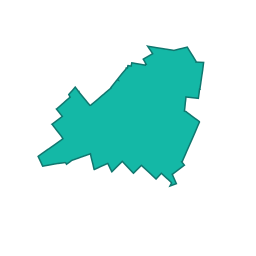 the district of Ianca, Braila, Romania, rotated 69°
{"feature_id": "2599482B90302220331569", "entity_name": "Ianca", "entity_type": "district", "adm_level": 2, "iso_a3": "ROU", "parent_name": "Romania", "parent_adm1": "Braila", "projection": "mercator", "projection_center": [27.484, 45.119], "detail": "fine", "context": "isolated", "style": "filled", "palette": "teal", "viewbox_px": 256, "rotation_deg": 69, "n_neighbors": 0, "source": "geoboundaries", "source_scale": "gbopen_adm2", "svg_char_len": 3437}
<svg xmlns="http://www.w3.org/2000/svg" viewBox="0 0 256 256"><g transform="rotate(69 128 128)"><path d="M147.6,59.1L145.0,60.7L143.8,61.5L143.7,61.7L143.1,62.0L138.7,64.8L137.6,65.4L134.7,67.3L133.5,67.9L133.2,68.3L132.4,69.3L131.4,68.7L128.7,67.3L124.1,65.0L124.0,64.9L122.3,64.0L119.8,62.8L122.8,57.0L123.5,55.6L125.5,51.7L121.2,49.3L119.7,48.5L119.4,48.4L117.1,47.1L117.3,46.8L117.2,46.8L115.0,45.6L113.1,44.5L110.9,43.3L108.8,42.1L106.6,40.9L104.3,39.6L104.2,39.5L102.4,38.5L100.3,37.3L100.2,37.3L98.2,36.2L96.1,35.1L93.9,33.9L90.9,40.8L90.6,40.6L90.4,40.6L83.6,41.8L81.8,42.2L77.1,43.1L73.7,43.7L73.6,44.8L73.3,47.0L73.1,48.9L72.8,50.7L72.5,53.1L72.3,55.0L72.0,57.4L71.8,57.7L70.9,59.2L69.6,61.5L68.6,63.2L67.5,65.2L66.4,67.0L65.5,68.6L64.2,70.9L63.0,73.0L61.9,74.8L60.0,78.1L59.0,79.9L58.7,80.3L59.7,80.1L61.6,79.7L63.5,79.2L65.3,78.8L67.5,78.4L67.8,80.2L68.1,82.2L68.6,85.4L68.9,87.5L69.2,89.1L71.4,88.7L73.0,88.5L74.9,88.3L74.8,88.5L74.7,88.8L75.6,89.3L74.6,90.9L73.6,92.5L71.9,95.4L70.5,97.8L69.5,99.4L68.5,101.1L71.0,102.7L71.3,102.7L71.3,102.8L70.5,104.5L70.3,104.6L70.2,104.9L69.8,105.4L69.7,105.7L71.3,106.7L71.8,107.0L71.3,108.1L71.7,108.4L72.4,109.1L75.2,114.3L78.1,119.2L78.7,120.2L79.8,120.0L79.1,120.8L79.3,121.3L81.0,124.1L84.1,129.4L84.5,129.3L85.3,131.5L85.8,133.0L86.5,135.0L87.0,136.5L87.7,138.2L88.2,139.9L88.8,141.6L89.4,143.2L90.2,145.3L90.7,146.8L91.3,148.5L92.3,151.4L92.8,153.1L93.4,154.7L93.2,155.5L92.9,155.6L91.3,156.1L89.7,156.7L87.4,157.4L85.4,158.1L77.6,160.7L77.2,160.7L77.3,160.8L76.4,161.0L75.1,161.4L70.9,162.6L71.0,162.8L72.4,165.3L73.2,166.8L73.9,168.3L74.7,169.8L75.5,171.3L78.5,171.0L78.7,171.7L79.3,173.3L79.9,175.1L80.7,177.2L81.6,179.4L82.1,180.9L82.8,182.7L84.7,187.9L84.7,188.0L88.4,186.8L93.6,185.2L94.5,188.0L95.5,191.5L97.1,197.0L97.2,197.3L97.3,197.4L97.3,197.6L97.5,197.5L98.1,197.3L99.1,197.0L99.6,196.9L101.8,196.2L102.4,196.0L102.6,196.0L105.6,195.1L108.7,194.1L111.2,193.3L111.4,193.3L112.9,192.9L114.7,192.6L115.6,195.9L117.1,201.6L117.3,202.3L118.5,207.2L119.2,209.8L119.2,210.4L119.7,212.3L120.0,213.4L121.0,217.4L121.9,220.7L122.1,221.5L122.3,222.1L123.6,222.0L129.0,221.6L130.7,221.5L130.8,221.5L132.4,221.4L133.1,221.3L133.4,219.5L134.1,216.0L134.9,211.6L134.9,211.4L135.0,210.8L135.1,210.6L135.1,210.3L136.0,206.0L136.2,205.2L136.3,205.2L136.7,203.2L137.0,202.3L137.2,201.3L137.7,199.2L138.6,198.5L139.8,198.4L139.4,196.8L138.8,194.4L138.7,194.2L138.3,192.8L138.1,192.1L138.1,190.8L138.2,188.9L138.2,187.4L138.3,185.6L138.3,184.3L138.3,182.2L138.4,180.6L138.4,179.1L138.5,177.5L138.5,175.7L138.6,174.0L138.6,172.3L142.1,172.9L144.6,173.2L149.7,173.8L152.2,174.2L153.2,174.3L154.6,174.5L154.7,174.4L154.6,173.0L154.5,171.4L154.4,169.5L154.3,169.2L154.1,166.2L154.0,163.6L153.8,160.0L153.8,159.6L156.8,159.3L158.8,159.2L160.2,159.1L160.6,159.0L162.6,158.9L163.1,158.8L158.2,147.8L158.2,147.7L157.1,145.3L159.8,144.2L163.0,142.9L166.4,141.5L170.9,139.7L172.2,139.1L170.2,134.6L167.7,128.9L172.5,126.5L176.5,124.5L180.2,122.7L180.3,122.7L183.4,121.2L185.7,120.1L182.2,113.1L189.3,109.6L189.5,109.4L193.2,107.6L194.9,107.0L197.2,109.6L197.3,102.8L187.1,103.3L187.1,103.1L183.4,90.4L183.0,89.2L182.9,88.7L178.7,90.0L178.5,89.1L177.3,88.0L175.8,86.5L175.6,86.3L172.9,83.6L171.1,81.9L169.0,79.8L167.3,78.1L164.7,75.5L163.4,74.2L163.0,73.8L161.4,72.2L155.6,66.5L153.2,64.2L151.3,62.4L148.1,59.2L147.9,59.2L147.6,59.1Z" fill="#14b8a6" stroke="#0f766e" stroke-width="1.5"/></g></svg>